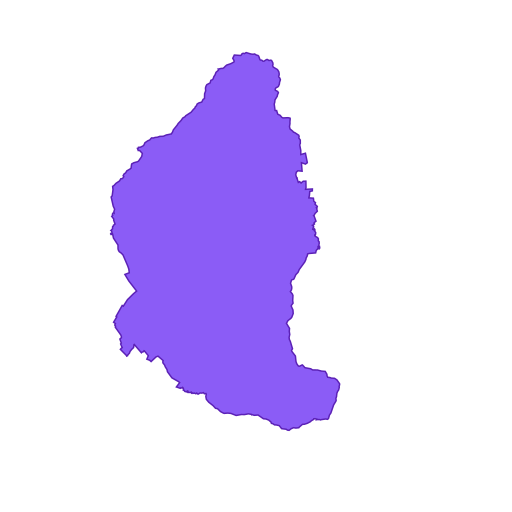 the district of Bretea Romana, Hunedoara, Romania, rotated 220°
{"feature_id": "2599482B96902853803032", "entity_name": "Bretea Romana", "entity_type": "district", "adm_level": 2, "iso_a3": "ROU", "parent_name": "Romania", "parent_adm1": "Hunedoara", "projection": "albers", "projection_center": [23.022, 45.65], "detail": "fine", "context": "isolated", "style": "filled", "palette": "violet", "viewbox_px": 512, "rotation_deg": 220, "n_neighbors": 0, "source": "geoboundaries", "source_scale": "gbopen_adm2", "svg_char_len": 6159}
<svg xmlns="http://www.w3.org/2000/svg" viewBox="0 0 512 512"><g transform="rotate(220 256 256)"><path d="M373.5,413.9L374.2,413.3L375.1,410.4L375.8,409.7L377.5,409.7L378.4,409.0L379.1,408.9L382.3,410.8L383.4,410.9L384.8,410.2L386.9,409.9L388.0,408.6L389.7,407.5L394.3,405.5L394.9,403.7L396.2,403.0L396.7,402.0L396.5,400.5L396.6,399.8L401.8,396.0L400.9,392.5L398.7,391.7L397.8,391.0L397.6,390.4L398.9,387.2L401.2,383.4L401.5,381.4L401.6,379.6L402.0,378.4L403.2,377.4L405.1,374.9L404.5,374.8L404.2,374.2L404.7,371.0L403.8,368.4L403.6,366.4L402.7,364.1L402.8,362.9L403.5,361.5L402.4,359.1L403.8,355.7L403.5,354.0L402.7,352.2L400.7,350.1L399.7,347.3L396.7,343.5L397.2,342.0L396.5,339.0L398.1,336.7L398.8,334.7L398.2,332.7L398.4,331.4L397.9,329.8L398.2,328.1L398.1,324.5L400.0,318.3L399.9,317.1L400.8,314.6L400.5,311.7L400.8,307.5L400.5,305.5L400.4,299.5L399.4,296.6L399.6,295.7L399.3,295.1L402.5,291.1L404.0,288.1L406.6,285.8L407.9,283.6L409.5,282.0L410.6,280.2L411.8,279.5L412.0,278.7L412.0,276.5L412.9,274.9L413.9,271.4L413.2,269.0L413.3,267.7L414.5,265.0L415.9,263.7L415.5,262.9L416.0,262.2L414.0,261.1L413.6,261.6L412.5,262.0L409.0,261.5L407.5,258.7L407.0,253.1L407.4,252.0L409.5,249.0L410.4,246.7L410.0,245.8L408.2,243.1L408.4,241.7L409.7,238.2L409.3,235.8L409.8,234.2L409.4,232.1L408.2,231.7L408.1,230.2L408.2,229.3L409.2,228.3L408.8,225.8L410.0,221.6L410.1,218.7L410.6,217.2L408.2,214.9L405.4,210.5L404.9,209.7L404.9,208.1L397.4,202.4L394.4,201.0L393.3,198.5L392.5,197.8L392.8,197.8L393.1,197.1L393.1,196.3L392.5,195.3L391.9,195.0L392.0,193.6L388.8,192.9L388.0,191.9L384.6,189.9L384.5,189.5L385.0,188.0L384.5,187.0L384.7,186.3L383.4,184.6L383.5,182.3L382.9,182.5L380.6,180.7L380.6,180.3L381.7,179.9L381.6,179.5L380.8,179.3L380.2,180.2L380.1,180.7L379.9,180.6L376.7,178.1L368.8,175.7L366.2,172.7L364.8,171.8L363.4,171.4L360.9,171.6L358.5,171.3L347.8,165.9L345.0,164.2L342.3,161.7L344.6,157.6L337.3,155.1L324.9,152.4L325.6,148.5L326.4,140.0L325.4,132.3L326.7,132.1L324.4,119.8L323.5,119.8L322.5,113.7L320.3,113.9L319.8,112.3L318.5,112.0L318.0,111.0L308.8,108.6L307.5,107.9L306.6,106.9L306.9,104.9L303.2,102.7L303.2,101.6L299.6,99.8L299.9,98.8L299.9,97.3L291.3,96.5L290.7,96.2L290.3,97.1L290.6,97.7L290.5,100.3L291.1,101.8L291.2,104.6L290.9,107.1L292.6,109.9L293.1,110.1L281.6,108.2L281.6,108.9L280.7,110.4L280.9,111.5L280.7,111.6L274.4,110.4L273.3,106.8L270.4,107.8L268.5,107.7L267.7,114.5L266.7,116.3L259.9,116.2L259.4,115.1L258.6,114.3L255.9,113.7L254.3,112.8L251.2,111.8L249.4,110.4L242.1,108.6L234.5,110.0L233.1,109.9L232.8,104.5L228.9,106.0L228.9,106.7L227.8,107.3L227.9,108.1L227.7,108.2L226.5,107.9L225.4,106.5L224.9,106.9L223.5,106.5L221.8,107.3L222.1,107.5L221.6,108.7L221.2,108.7L220.3,107.8L218.2,109.6L218.2,110.1L217.7,110.1L217.2,109.5L216.7,109.6L216.4,110.4L215.4,110.8L215.1,111.4L213.5,111.8L213.3,112.9L211.6,112.9L210.7,115.2L209.3,116.2L208.5,117.5L207.0,117.3L205.9,118.5L205.2,118.1L204.1,116.1L201.9,114.3L198.1,113.6L192.8,113.8L189.1,113.3L187.4,114.3L183.2,114.0L180.3,114.6L179.2,115.0L176.7,117.5L174.0,119.3L168.7,121.1L165.3,125.2L162.9,127.1L160.4,130.2L157.8,131.7L157.4,131.6L157.4,131.8L155.0,132.8L152.2,135.5L145.7,136.1L143.5,137.6L140.7,138.5L137.7,138.4L136.6,137.7L135.5,138.3L133.1,138.6L132.1,139.5L129.1,141.0L125.4,140.2L121.5,142.7L120.1,142.8L118.6,143.7L118.1,146.1L116.9,148.6L114.9,149.8L112.8,152.0L112.9,152.6L112.2,156.9L110.8,158.2L109.1,160.9L107.8,164.1L107.7,165.4L106.8,167.9L107.1,168.4L106.3,169.3L104.9,169.9L104.6,169.5L104.5,169.9L104.3,169.7L102.3,171.5L101.2,171.9L100.9,172.5L97.9,175.9L96.2,176.9L96.0,178.1L97.5,181.4L97.7,183.8L100.8,191.8L101.5,196.2L101.8,196.9L103.3,198.3L103.9,200.0L105.8,202.8L106.4,204.6L106.6,206.5L107.7,208.8L108.3,209.3L109.4,211.4L109.9,211.9L114.3,213.1L117.2,212.8L119.8,210.9L121.3,210.4L123.1,209.2L124.6,209.9L125.7,211.0L128.8,212.1L131.9,209.9L135.6,208.2L139.4,205.1L141.6,204.8L146.7,201.9L150.4,202.4L150.7,202.1L151.8,199.6L152.2,199.2L153.2,199.0L155.6,199.7L157.6,200.9L161.5,204.7L167.3,206.0L168.1,206.5L168.4,208.4L174.9,212.7L176.8,213.5L178.3,214.9L179.7,217.6L182.0,219.6L183.8,222.1L189.4,224.0L190.0,227.1L189.2,230.6L189.2,232.0L190.5,235.8L193.0,238.4L196.9,240.3L197.2,241.3L197.3,243.7L199.2,245.4L202.3,249.5L203.8,250.3L206.8,250.8L207.0,252.7L208.0,254.5L209.1,255.6L212.0,257.3L213.2,260.1L213.2,261.0L212.4,262.0L212.2,262.8L213.5,267.3L213.3,270.5L214.2,273.6L214.8,282.7L215.5,285.3L216.3,286.7L216.8,289.0L217.8,290.8L216.9,292.1L212.3,296.7L213.3,298.7L213.5,299.6L213.3,300.5L213.5,301.3L213.4,301.7L212.2,301.9L212.3,303.1L213.3,304.0L213.8,302.8L214.3,302.7L214.5,303.1L214.6,304.6L215.2,305.3L215.8,306.5L217.0,307.6L218.0,307.6L219.3,309.3L220.7,309.7L223.3,309.2L224.1,309.4L224.5,309.9L224.1,310.2L224.4,311.1L225.4,312.4L227.5,312.9L227.7,313.2L227.5,313.8L228.4,314.3L228.7,314.3L228.6,313.2L229.7,312.9L230.3,314.2L230.5,315.4L231.2,315.8L232.5,315.8L232.0,316.8L231.8,318.1L232.7,318.4L232.8,319.4L232.4,321.2L237.2,324.0L237.8,324.0L237.7,324.7L238.1,326.6L237.8,329.7L240.1,331.4L240.1,331.8L240.8,331.9L240.6,332.7L240.9,333.4L244.1,333.6L244.7,335.1L246.9,335.1L249.2,337.2L252.9,334.5L254.0,336.7L256.3,340.0L254.7,342.1L255.9,343.6L260.9,338.9L261.7,340.6L265.9,345.4L267.9,343.6L268.4,340.9L270.4,341.0L270.9,339.6L273.5,341.2L274.7,342.2L274.9,341.9L277.7,343.7L279.0,346.1L278.7,348.2L275.2,350.6L281.2,356.7L277.2,358.2L277.0,359.2L276.7,359.6L276.8,360.6L284.2,366.5L286.9,362.5L289.5,365.6L293.8,369.1L294.2,369.8L294.4,370.7L296.6,373.3L299.0,373.9L299.9,375.4L300.9,376.0L305.9,375.4L306.9,374.9L307.8,375.2L311.6,375.2L313.5,376.6L315.1,379.3L316.2,380.5L318.0,383.1L318.6,383.5L320.4,382.5L324.1,379.1L325.5,378.8L327.9,379.3L330.5,378.6L333.7,380.7L334.5,379.9L335.0,379.8L339.7,384.1L340.4,385.7L341.8,387.8L342.4,392.0L343.1,393.2L343.8,395.5L345.2,396.0L347.7,395.4L348.6,396.2L348.8,397.9L348.0,399.4L347.9,400.5L348.6,402.7L349.6,404.2L350.6,406.7L352.1,407.6L353.6,407.8L354.3,408.4L354.6,409.6L355.7,410.8L357.0,411.8L359.4,412.6L364.2,411.8L365.6,412.5L366.2,413.8L367.3,414.8L369.8,415.8L370.6,415.5L371.7,414.1L373.5,413.9Z" fill="#8b5cf6" stroke="#5b21b6" stroke-width="1.5"/></g></svg>